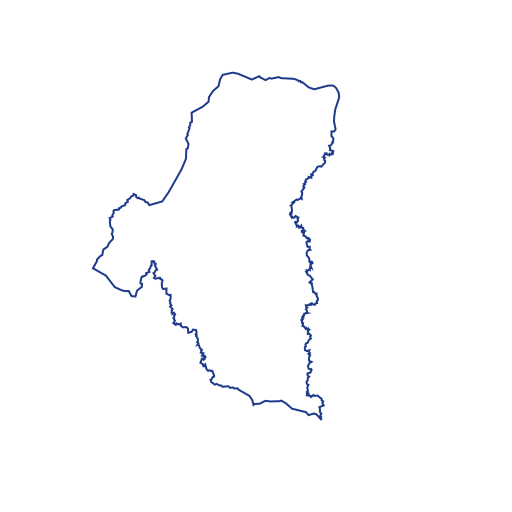 Chai Wan, Udon Thani, Thailand (orthographic projection), rotated 62°
{"feature_id": "78962969B11605835659379", "entity_name": "Chai Wan", "entity_type": "district", "adm_level": 2, "iso_a3": "THA", "parent_name": "Thailand", "parent_adm1": "Udon Thani", "projection": "orthographic", "projection_center": [103.294, 17.228], "detail": "fine", "context": "isolated", "style": "outline", "palette": "blue", "viewbox_px": 512, "rotation_deg": 62, "n_neighbors": 0, "source": "geoboundaries", "source_scale": "gbopen_adm2", "svg_char_len": 6141}
<svg xmlns="http://www.w3.org/2000/svg" viewBox="0 0 512 512"><g transform="rotate(62 256 256)"><path d="M201.7,140.2L199.7,138.5L197.2,141.0L196.0,140.0L193.0,139.7L193.5,138.3L191.9,134.8L191.3,135.1L189.9,133.2L188.4,132.5L185.5,133.1L181.5,130.9L182.7,128.5L181.6,126.3L173.9,124.0L169.5,121.4L163.7,117.1L154.9,108.0L150.8,106.4L145.7,106.3L143.1,107.1L141.3,108.5L139.4,112.4L136.1,126.4L131.7,130.4L124.2,133.5L123.9,134.7L122.1,134.7L121.8,136.2L120.2,136.7L117.4,139.3L110.7,150.4L108.7,152.0L106.6,159.1L105.2,160.5L105.2,165.0L100.1,168.5L98.8,168.7L98.2,176.9L86.5,186.4L83.2,190.5L80.4,200.4L83.2,204.8L88.5,209.4L90.1,216.4L93.6,222.9L97.5,225.4L99.2,233.1L99.2,245.5L107.4,249.5L107.4,251.5L109.3,252.4L110.9,254.8L111.9,254.6L116.2,259.5L117.3,259.4L119.2,262.8L125.5,263.0L129.0,265.8L129.0,267.4L137.3,272.2L144.7,281.3L158.6,303.1L163.8,313.2L161.0,326.3L157.8,326.5L156.5,328.2L154.2,328.4L150.6,331.9L149.5,332.0L149.4,333.3L147.5,334.1L145.9,333.3L143.8,335.0L145.1,336.0L144.8,337.9L145.9,340.1L146.1,343.3L148.0,343.7L148.0,346.5L149.7,347.7L149.1,351.4L149.9,353.0L149.5,354.6L150.6,355.2L148.9,359.8L149.4,360.8L151.0,361.2L152.6,363.7L153.9,364.0L153.9,367.5L155.9,367.6L156.5,368.7L161.6,370.7L165.0,370.0L167.3,371.2L168.9,373.1L171.7,373.1L173.8,374.4L175.5,379.5L178.1,382.8L178.6,387.7L183.1,391.4L182.9,393.1L184.5,398.1L185.8,398.8L190.3,405.7L202.9,397.7L217.2,395.3L223.2,390.7L225.7,387.9L227.2,384.8L232.9,384.8L235.2,381.5L230.7,377.3L229.6,371.2L227.1,369.7L226.2,370.8L225.3,370.7L221.1,367.2L220.6,365.6L221.3,365.0L221.2,362.6L220.8,361.2L219.5,361.0L220.0,357.5L217.9,357.2L217.1,355.2L215.1,353.2L215.3,352.6L211.7,350.7L212.4,349.0L213.0,349.4L213.6,348.5L215.3,349.2L216.0,348.3L217.2,349.8L221.6,349.7L221.3,351.0L222.5,352.4L223.0,354.6L226.3,354.2L227.4,356.4L228.8,355.6L230.1,351.0L231.7,351.3L232.5,350.1L234.1,350.2L235.8,352.0L239.6,353.7L241.6,353.5L242.7,350.3L247.1,352.8L249.7,351.0L250.3,349.7L253.6,351.4L254.8,353.2L256.7,353.3L257.5,354.2L259.8,353.8L260.2,355.6L263.8,354.6L264.0,355.6L266.6,357.2L267.3,355.5L267.9,356.2L267.8,355.1L269.6,354.8L270.3,356.3L271.9,357.1L272.0,358.1L274.9,357.9L275.6,359.2L276.8,359.4L276.7,360.3L278.9,359.3L278.4,357.7L279.5,357.6L280.1,355.3L281.1,355.1L280.8,354.4L282.4,355.1L284.8,353.9L286.0,350.9L288.1,350.1L292.0,351.9L292.8,348.4L291.4,346.2L293.2,343.7L295.7,344.4L296.9,346.0L297.9,345.4L298.4,346.5L301.3,346.1L303.8,347.1L304.5,348.5L306.0,347.8L306.8,349.1L306.8,348.3L311.2,348.7L312.6,348.1L313.3,348.7L313.8,348.1L315.4,350.1L317.2,348.1L318.6,350.5L320.2,348.7L319.2,348.1L321.7,348.2L321.7,350.0L322.8,349.8L323.0,350.8L321.6,350.7L321.2,351.8L324.2,355.2L326.5,353.7L328.7,354.2L329.2,353.0L328.5,353.1L327.9,351.7L332.4,352.8L334.9,352.2L335.1,350.6L336.2,350.0L336.8,348.5L342.3,349.2L342.9,350.1L342.5,351.0L344.1,353.2L343.9,354.3L346.1,354.7L350.3,352.7L350.4,350.9L353.3,348.9L353.9,347.6L355.8,346.9L357.6,342.5L358.4,341.3L360.2,340.9L361.2,338.1L362.5,337.7L364.3,334.3L365.6,334.3L376.4,327.5L381.2,326.9L386.3,328.1L386.1,326.4L388.1,322.3L388.3,315.7L391.4,311.2L395.3,303.2L395.5,301.6L400.4,298.6L407.7,295.9L417.3,285.2L421.2,284.3L422.2,279.0L423.8,277.1L431.6,275.1L429.0,275.0L428.9,274.1L427.4,274.5L425.9,272.3L423.5,272.8L421.6,271.5L419.2,271.0L419.7,266.4L417.1,266.5L415.9,264.9L414.3,265.8L413.1,265.1L408.1,267.2L406.9,270.2L405.7,270.6L406.3,273.6L405.1,273.4L403.5,275.8L402.9,274.9L402.5,276.3L401.2,275.6L401.0,274.4L399.9,274.9L399.5,273.4L396.1,272.5L394.4,270.2L392.9,271.1L391.0,270.7L390.1,268.8L388.1,267.6L387.5,265.7L385.7,266.6L383.8,265.6L384.5,262.7L382.6,260.3L381.6,260.4L381.2,261.8L380.1,262.4L377.6,261.9L375.7,259.1L375.5,256.7L373.7,258.2L372.7,258.1L369.7,256.1L369.1,254.8L367.1,255.6L367.0,254.0L365.0,254.3L364.3,253.3L363.8,255.8L362.0,256.9L360.7,256.4L359.3,255.4L359.1,254.3L357.3,253.9L356.5,252.6L356.9,251.2L354.9,248.4L354.6,246.3L352.8,246.2L352.0,244.8L349.5,245.6L349.2,246.9L346.7,245.4L346.1,243.8L344.9,245.5L345.1,244.1L344.5,243.9L344.0,246.1L342.7,245.6L342.4,246.6L339.8,246.9L339.5,247.7L337.3,245.9L336.5,246.8L334.8,245.8L333.9,246.0L334.0,244.5L332.1,244.4L331.6,243.6L332.2,243.0L330.8,242.6L331.1,241.6L329.6,240.6L330.5,237.3L329.7,238.1L329.6,237.2L327.8,236.7L326.6,236.8L326.5,237.6L325.5,235.0L324.9,235.6L322.9,235.2L325.0,230.2L324.4,229.6L323.8,230.0L323.9,228.9L326.1,228.0L326.7,226.7L325.8,225.8L326.2,224.1L324.1,223.3L324.0,222.3L322.4,221.1L320.1,221.3L317.8,220.3L317.9,221.1L315.3,221.5L314.8,222.5L306.3,219.6L306.2,220.3L304.8,220.0L305.3,220.7L304.4,221.1L303.3,216.9L298.7,217.7L297.1,219.1L293.7,219.1L294.1,218.5L292.5,217.9L293.3,217.2L292.8,215.4L293.5,215.0L292.6,214.6L292.1,212.9L292.7,212.6L291.1,212.4L290.9,213.2L289.2,211.9L288.8,209.4L287.3,209.3L286.7,210.1L287.2,211.3L286.3,211.6L282.9,210.1L279.1,210.9L276.5,209.4L275.4,207.5L276.0,205.2L275.2,205.5L273.1,204.2L272.0,206.2L267.5,205.1L267.2,203.6L268.5,201.8L267.4,201.0L267.2,202.0L266.2,202.0L265.5,200.9L264.2,201.7L264.0,202.9L261.9,203.0L260.3,204.6L257.9,202.6L257.9,203.5L256.3,204.3L255.4,203.7L256.4,201.2L254.9,201.9L253.4,201.1L252.5,202.4L250.5,201.8L251.4,203.9L251.1,204.7L250.2,204.2L249.4,204.5L249.3,205.6L248.7,204.8L247.9,205.7L244.6,205.7L244.4,204.9L245.4,204.1L244.6,202.2L242.7,202.0L242.0,200.5L239.3,202.3L240.1,204.0L239.5,205.5L238.7,205.4L238.9,206.3L235.4,206.4L235.6,205.4L234.1,205.5L234.0,204.6L234.7,204.5L233.1,203.0L228.5,201.2L227.8,201.6L226.7,197.7L225.8,198.5L225.2,193.4L226.1,192.8L226.1,189.4L227.1,188.8L226.3,188.4L225.6,189.1L223.7,186.6L221.8,185.5L220.4,185.7L219.2,182.7L218.2,182.2L218.3,181.2L216.4,181.3L216.0,180.0L215.0,179.9L215.5,178.9L213.8,177.9L213.9,176.9L212.6,176.9L211.9,175.7L212.0,172.9L210.9,172.4L212.9,170.4L211.1,169.6L211.3,168.3L209.9,168.7L210.3,167.6L208.6,165.6L208.7,163.5L206.1,160.0L206.7,157.4L207.8,156.5L205.8,151.0L204.1,150.1L203.3,150.7L201.9,149.9L200.5,150.3L200.9,149.2L199.9,149.5L197.9,146.8L198.7,146.5L198.5,145.5L199.8,145.7L200.9,144.4L200.5,143.3L201.3,143.5L200.9,142.7L201.8,141.6L200.9,140.6L201.7,140.2Z" fill="none" stroke="#1e3a8a" stroke-width="2"/></g></svg>